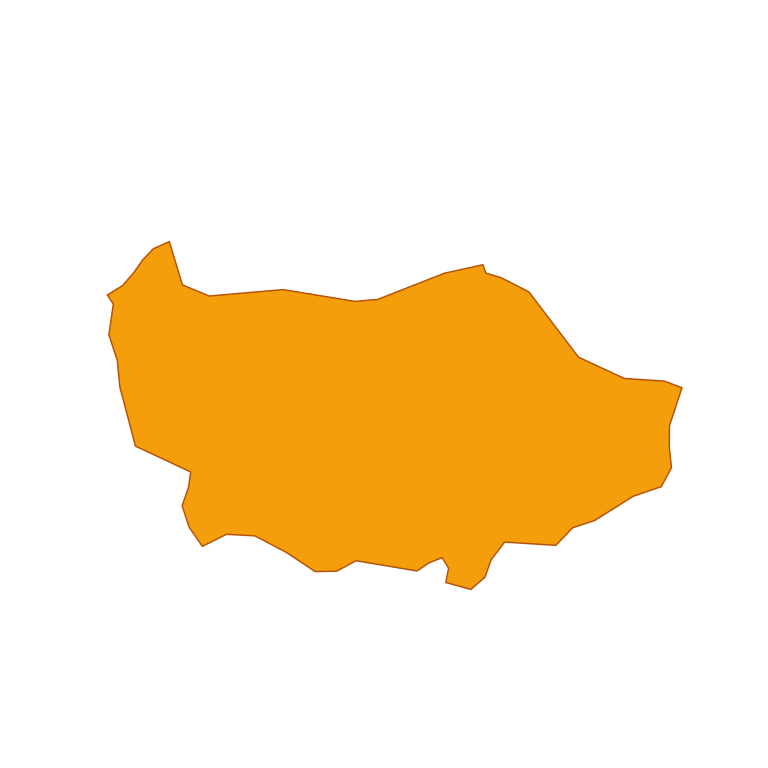 SVG path tracing the border of Rutana, rotated 235°
{"feature_id": "BDI-2634", "entity_name": "Rutana", "entity_type": "Province", "adm_level": 1, "iso_a3": "BDI", "parent_name": "Burundi", "parent_adm1": "", "projection": "orthographic", "projection_center": [30.114, -3.886], "detail": "fine", "context": "isolated", "style": "filled", "palette": "amber", "viewbox_px": 768, "rotation_deg": 235, "n_neighbors": 0, "source": "natural_earth", "source_scale": "10m", "svg_char_len": 843}
<svg xmlns="http://www.w3.org/2000/svg" viewBox="0 0 768 768"><g transform="rotate(235 384 384)"><path d="M615.6,208.4L614.6,226.4L618.7,242.8L624.1,257.7L627.1,272.8L623.8,289.8L580.8,275.7L556.3,291.3L519.2,355.5L468.4,407.5L456.9,427.4L440.1,497.1L425.0,533.4L424.6,533.3L416.4,531.1L403.6,541.1L376.4,555.5L294.4,558.7L250.7,584.0L225.6,615.3L210.0,625.9L185.9,593.7L168.5,581.4L150.6,571.5L140.9,552.3L149.1,523.7L151.4,478.3L158.0,456.1L153.3,432.2L185.3,392.1L178.5,370.8L167.9,355.9L165.9,337.3L185.9,320.8L196.2,331.3L208.4,332.0L211.7,318.3L212.0,303.7L255.3,259.7L257.8,237.9L269.8,220.0L301.9,207.5L333.7,191.1L351.2,168.8L355.2,142.1L378.3,142.2L400.1,148.8L411.2,164.3L422.8,175.2L475.6,144.8L533.3,166.0L556.3,179.1L582.0,186.8L604.7,208.1L615.1,208.4L615.6,208.4Z" fill="#f59e0b" stroke="#b45309" stroke-width="1.5"/></g></svg>